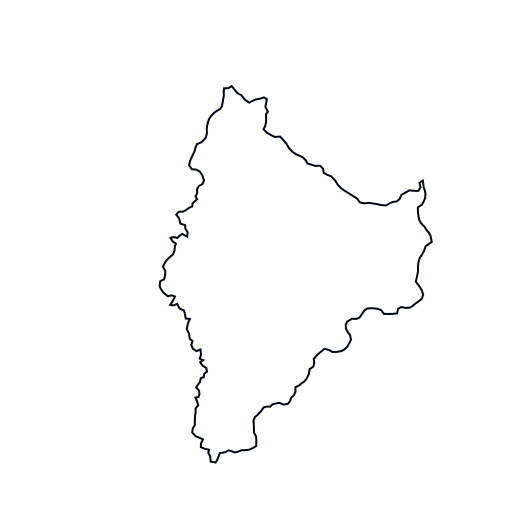 Campo Belo, Minas Gerais, Brazil (Natural Earth projection), rotated 137°
{"feature_id": "56859067B10517549760367", "entity_name": "Campo Belo", "entity_type": "district", "adm_level": 2, "iso_a3": "BRA", "parent_name": "Brazil", "parent_adm1": "Minas Gerais", "projection": "natural_earth1", "projection_center": [-45.252, -20.941], "detail": "fine", "context": "isolated", "style": "outline", "palette": "ink", "viewbox_px": 512, "rotation_deg": 137, "n_neighbors": 0, "source": "geoboundaries", "source_scale": "gbopen_adm2", "svg_char_len": 3861}
<svg xmlns="http://www.w3.org/2000/svg" viewBox="0 0 512 512"><g transform="rotate(137 256 256)"><path d="M165.0,400.4L167.6,398.2L169.9,395.4L173.0,393.1L176.3,390.6L178.9,388.8L181.9,388.0L184.7,388.6L188.7,389.3L193.0,389.1L197.1,388.1L200.1,386.4L202.8,384.7L205.4,382.5L207.6,379.7L212.1,376.7L218.2,376.4L222.9,378.1L226.1,376.6L229.2,374.7L232.9,373.1L236.4,371.8L239.6,370.4L243.0,368.0L243.8,363.3L240.7,359.8L239.5,355.8L240.4,351.3L242.5,346.6L246.2,345.1L250.0,346.2L253.8,344.9L255.9,342.2L259.4,340.9L260.4,337.7L263.4,337.7L266.4,337.8L268.9,335.8L272.1,336.9L275.4,337.3L279.0,338.1L282.4,341.1L286.2,340.5L286.5,336.2L289.2,331.3L286.8,326.9L289.0,324.2L289.8,320.0L293.1,317.2L295.0,322.5L298.2,323.0L301.3,322.9L303.2,326.0L306.1,327.6L307.0,323.5L306.1,319.6L308.9,318.3L311.8,315.6L315.6,313.8L321.2,314.0L325.1,313.8L328.4,312.8L331.4,311.6L332.5,307.0L335.7,303.8L339.2,301.6L343.2,302.9L346.6,300.1L348.0,297.2L348.7,292.6L347.9,286.7L344.6,284.8L342.9,281.7L347.3,279.9L352.1,278.8L350.1,276.2L346.3,274.7L347.7,269.6L345.8,265.2L347.5,262.1L350.0,258.2L347.3,255.0L350.9,253.6L354.0,251.6L356.6,249.6L357.9,245.0L360.9,240.6L360.4,237.0L364.1,235.1L365.4,231.1L364.4,227.0L360.4,225.5L363.5,221.3L367.2,219.3L365.7,215.9L369.3,216.4L369.8,212.1L368.7,208.1L370.6,204.9L374.3,205.1L376.8,203.1L379.7,204.3L382.9,202.1L386.0,201.6L389.4,200.7L389.4,196.6L391.5,193.6L394.1,192.1L396.9,193.7L398.2,189.9L400.1,186.2L404.0,185.8L407.0,182.7L410.5,179.8L413.3,177.1L415.9,174.2L420.0,172.9L423.0,170.5L423.1,165.5L421.2,161.4L419.9,158.0L424.0,156.5L426.7,153.8L424.8,149.6L422.4,146.3L425.1,144.6L426.3,140.5L429.4,136.5L426.3,132.5L422.7,133.6L419.9,135.1L416.8,136.5L412.5,133.6L408.4,132.5L406.9,129.6L405.3,126.7L402.1,124.9L399.2,123.9L396.9,121.9L393.4,119.1L389.8,117.8L385.5,116.9L381.7,120.7L379.0,124.0L377.9,128.3L373.8,132.7L369.9,137.5L366.4,138.9L363.3,138.7L358.3,139.1L353.5,140.0L350.6,138.4L348.4,136.1L345.2,136.3L342.0,134.6L338.9,132.5L337.4,128.8L333.7,126.1L330.0,126.7L326.9,128.3L323.3,128.3L319.8,129.8L316.6,133.2L312.5,131.8L309.5,131.9L306.6,131.2L302.5,131.8L297.5,133.8L294.1,136.7L289.5,136.0L286.1,138.3L284.0,141.3L280.6,141.8L276.4,141.9L273.2,141.7L269.2,141.4L266.6,137.3L265.6,133.8L262.5,130.9L258.5,128.3L255.4,127.4L251.2,127.4L246.7,128.8L243.4,130.2L241.1,134.2L240.7,138.3L239.7,141.6L237.3,144.5L234.3,145.8L231.4,145.3L228.5,144.6L225.6,141.6L222.3,140.3L217.7,141.4L213.8,142.2L210.3,141.7L206.8,138.7L203.5,135.1L201.4,131.2L201.9,126.3L198.4,123.1L195.6,120.5L191.9,117.8L188.2,120.5L184.6,119.6L181.9,115.9L178.8,113.4L176.0,112.7L171.4,112.5L167.9,111.9L163.9,111.6L160.0,113.8L158.2,118.0L157.2,122.3L156.6,128.3L152.7,130.9L149.9,132.9L147.5,134.7L145.2,137.3L142.3,140.0L137.8,142.9L133.6,143.8L129.6,145.1L125.4,147.4L121.6,147.0L117.9,146.4L114.9,151.1L113.7,154.8L113.6,158.3L112.8,162.5L113.0,167.3L111.9,171.4L109.6,174.9L107.7,177.6L104.5,181.2L99.8,180.4L96.3,181.4L93.0,182.9L89.7,185.8L87.9,188.6L86.5,192.0L84.4,194.8L82.6,197.5L86.5,198.0L88.8,194.1L92.9,192.9L96.3,196.2L98.9,199.3L103.1,200.4L108.0,201.5L112.3,199.7L116.1,200.0L119.0,202.2L122.2,203.3L126.4,204.3L130.2,208.4L132.6,212.2L135.1,215.2L137.4,218.1L140.9,220.6L143.5,224.4L142.9,229.0L144.1,233.9L145.7,239.7L146.9,244.4L147.6,247.9L147.6,252.3L146.6,257.2L146.7,263.0L148.6,267.0L149.8,270.6L147.4,274.1L147.6,278.4L151.2,281.4L153.6,285.7L155.3,288.7L154.4,291.9L154.4,295.7L155.8,299.8L157.3,303.0L158.3,307.4L158.3,312.7L157.1,317.6L157.0,322.3L156.9,326.9L161.0,330.2L162.5,334.0L163.9,338.6L164.1,343.5L160.5,344.9L157.5,346.9L154.7,349.8L152.1,352.8L148.9,353.5L147.4,358.7L143.8,361.3L141.1,363.3L142.0,366.5L145.6,368.2L149.7,370.8L153.3,372.0L156.4,372.8L157.5,378.1L157.1,383.8L158.6,388.0L158.2,392.8L157.9,396.9L161.6,397.5L165.0,400.4Z" fill="none" stroke="#020617" stroke-width="2"/></g></svg>